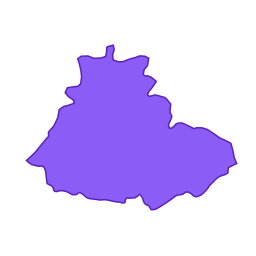 outline of Khotsimsk, Mogilev, Belarus, rotated 264°
{"feature_id": "67162791B11584975294724", "entity_name": "Khotsimsk", "entity_type": "district", "adm_level": 2, "iso_a3": "BLR", "parent_name": "Belarus", "parent_adm1": "Mogilev", "projection": "orthographic", "projection_center": [32.434, 53.377], "detail": "fine", "context": "isolated", "style": "filled", "palette": "violet", "viewbox_px": 256, "rotation_deg": 264, "n_neighbors": 0, "source": "geoboundaries", "source_scale": "gbopen_adm2", "svg_char_len": 2192}
<svg xmlns="http://www.w3.org/2000/svg" viewBox="0 0 256 256"><g transform="rotate(264 128 128)"><path d="M81.3,232.4L87.4,230.6L95.7,229.8L102.1,228.7L105.7,223.1L108.5,218.3L113.3,212.8L118.1,207.0L120.4,201.8L121.1,196.5L120.5,193.6L124.8,186.7L127.3,182.4L127.7,179.0L126.9,176.0L125.3,174.4L123.4,171.7L123.4,169.3L126.9,168.5L131.4,171.2L134.9,172.8L139.6,171.4L147.2,173.0L152.4,169.7L154.5,167.8L157.2,161.0L158.1,158.1L157.5,155.0L157.3,152.5L158.9,150.8L162.4,152.8L163.8,154.5L168.2,158.4L171.4,161.0L173.9,158.6L176.4,155.9L177.8,152.9L178.0,150.3L179.5,148.8L184.3,150.1L188.2,154.0L195.2,155.9L197.6,152.3L198.5,147.0L197.3,142.6L196.5,137.3L194.5,129.8L194.8,125.6L197.2,120.4L202.2,120.3L207.5,122.5L211.9,122.0L211.1,116.4L210.3,115.3L205.3,114.5L201.4,113.1L200.5,108.4L200.8,101.5L203.8,95.7L204.3,89.0L202.1,85.2L197.4,86.3L189.6,87.2L183.5,87.2L176.9,85.5L174.7,82.5L174.7,78.9L174.4,72.0L169.7,69.2L165.5,72.0L161.1,77.0L158.1,76.7L156.7,70.4L156.1,66.2L153.5,61.5L145.7,59.3L137.9,54.6L132.3,48.5L128.0,48.1L124.5,44.2L118.5,38.2L113.7,33.4L107.7,25.7L106.4,23.6L104.0,25.6L102.6,27.4L101.6,28.5L100.6,31.4L99.3,35.1L99.2,38.2L98.7,39.3L97.2,40.7L94.9,41.2L92.7,41.6L89.5,41.6L85.2,41.6L83.3,41.6L81.2,41.8L80.0,43.4L79.3,44.7L77.7,46.8L75.5,47.5L73.8,47.7L72.7,48.4L72.2,50.2L72.6,52.2L72.7,55.0L72.1,57.5L71.5,59.4L70.0,62.3L68.7,63.8L67.4,66.1L67.2,69.9L68.7,71.7L68.5,74.1L67.0,75.9L64.9,77.9L63.2,79.5L61.8,82.2L61.1,85.3L60.3,88.9L59.4,92.1L59.4,92.3L59.1,97.7L58.4,100.5L57.3,103.8L56.2,107.0L55.5,109.9L55.1,112.5L54.1,114.3L53.8,116.1L54.5,117.3L56.0,117.7L57.2,118.2L58.6,119.5L58.0,121.9L58.0,125.6L57.8,127.6L59.3,130.6L60.5,132.0L60.6,133.1L58.7,134.2L56.7,135.2L54.2,135.6L51.5,136.5L49.6,138.3L48.5,140.7L46.2,141.6L44.4,142.4L44.1,144.7L44.6,147.8L46.2,151.2L48.0,154.9L49.9,158.7L50.6,159.9L52.8,163.9L54.7,166.9L56.1,170.0L56.1,172.9L56.4,175.7L58.2,178.6L58.0,181.2L56.7,183.2L55.5,184.5L53.4,186.3L52.4,188.4L52.8,190.7L53.7,193.6L55.5,196.3L59.0,200.4L62.6,203.5L65.5,207.1L68.4,210.6L70.1,213.5L71.0,217.1L71.5,219.5L72.8,222.6L74.8,223.0L78.1,223.7L79.0,226.1L80.2,229.0L81.3,232.4Z" fill="#8b5cf6" stroke="#5b21b6" stroke-width="1.5"/></g></svg>